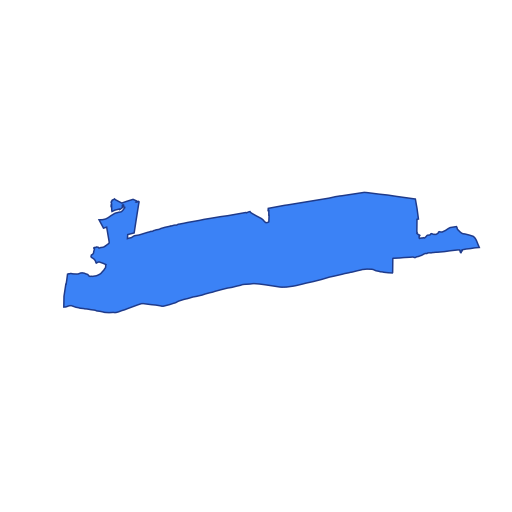 the district of Concesti, Botosani, Romania, rotated 321°
{"feature_id": "2599482B49154697051389", "entity_name": "Concesti", "entity_type": "district", "adm_level": 2, "iso_a3": "ROU", "parent_name": "Romania", "parent_adm1": "Botosani", "projection": "natural_earth1", "projection_center": [26.588, 48.143], "detail": "fine", "context": "isolated", "style": "filled", "palette": "blue", "viewbox_px": 512, "rotation_deg": 321, "n_neighbors": 0, "source": "geoboundaries", "source_scale": "gbopen_adm2", "svg_char_len": 6072}
<svg xmlns="http://www.w3.org/2000/svg" viewBox="0 0 512 512"><g transform="rotate(321 256 256)"><path d="M434.9,389.9L435.9,386.4L436.9,383.2L437.3,381.5L437.5,379.9L437.3,377.8L437.0,377.1L435.1,374.2L432.5,370.7L432.0,370.1L430.9,369.0L430.2,367.7L429.8,366.1L429.4,362.4L429.5,361.5L430.1,360.4L430.3,359.3L424.8,356.1L422.8,355.7L419.4,355.4L415.7,354.5L414.3,353.2L413.7,352.4L413.2,352.3L412.9,352.3L412.3,352.7L411.9,352.8L409.6,352.6L409.2,352.3L408.6,351.6L408.0,351.4L407.6,350.9L406.5,349.1L406.3,349.0L405.7,348.8L405.4,348.9L405.0,349.1L404.6,349.1L403.9,348.8L402.4,347.8L401.6,347.7L400.4,348.0L399.2,348.0L398.5,348.1L398.2,348.0L398.0,347.8L397.6,347.1L396.8,346.9L396.4,346.4L395.4,346.0L395.1,345.6L394.9,345.5L394.2,345.4L394.1,344.8L394.2,344.6L394.9,343.6L396.0,343.2L396.3,343.1L396.3,342.9L396.3,342.6L395.9,342.2L395.7,341.9L395.6,341.6L395.6,341.1L395.6,340.9L395.3,340.2L395.3,339.8L395.3,339.5L395.5,339.4L396.0,339.2L396.0,338.9L396.3,338.5L396.4,338.2L404.2,328.8L405.5,329.5L411.1,320.3L415.7,312.0L402.6,298.0L396.8,291.6L390.5,285.3L382.2,276.6L380.2,274.7L360.4,263.1L358.3,261.7L358.0,261.6L355.3,260.0L349.2,257.0L312.7,236.2L310.1,234.6L295.5,226.7L294.0,228.3L294.6,228.7L291.6,232.4L291.8,232.6L290.2,234.4L287.5,237.5L286.5,237.4L285.4,236.9L285.0,236.6L284.6,236.2L284.4,235.8L284.4,235.5L284.4,235.0L284.2,233.8L284.2,233.4L284.3,232.7L284.1,232.0L283.9,230.7L283.7,230.1L282.1,226.4L281.6,225.3L279.7,220.4L279.4,219.4L279.2,218.9L279.2,218.3L279.3,217.7L278.0,217.1L275.6,216.4L275.5,215.8L274.6,215.3L259.4,206.9L253.2,203.1L244.5,198.2L243.3,197.5L238.6,194.8L234.4,192.7L228.1,189.2L224.2,187.0L220.4,185.1L217.9,183.7L217.2,183.4L215.8,182.5L214.9,182.2L213.6,182.0L213.1,181.5L211.9,180.6L208.4,179.1L208.5,178.9L207.2,178.4L203.3,176.4L202.3,176.0L199.5,174.8L197.8,174.4L197.1,174.1L194.8,172.8L193.6,172.4L192.6,171.9L190.9,171.6L190.5,171.3L190.2,171.0L189.6,170.6L188.5,170.3L186.9,169.5L182.4,167.7L179.9,166.7L178.0,165.9L176.8,165.2L175.3,164.3L174.5,163.9L174.0,163.7L173.5,163.6L170.8,163.3L169.5,162.7L168.3,162.1L167.0,161.6L169.8,158.6L175.8,161.4L184.5,153.5L197.7,141.6L198.5,141.0L199.2,140.3L199.1,139.6L198.5,139.4L198.1,139.4L197.4,139.1L196.8,138.8L196.7,138.6L196.9,138.6L197.7,138.7L198.0,138.6L198.0,138.3L196.1,134.6L192.6,133.2L191.1,132.6L190.5,132.4L190.1,132.2L185.9,130.7L185.0,130.4L182.3,124.1L181.9,122.5L181.5,122.6L181.0,122.6L180.6,122.4L180.1,122.3L179.7,122.1L179.4,122.1L179.0,122.4L178.5,122.4L178.3,122.6L178.1,122.9L177.8,122.8L177.6,122.8L177.2,123.1L176.7,124.5L175.9,125.5L175.5,125.2L174.5,126.4L174.9,126.7L172.6,129.8L172.1,130.8L175.3,131.6L179.4,133.5L179.2,134.1L179.6,134.2L181.7,134.3L182.6,134.3L184.1,132.4L184.4,132.3L185.0,132.7L185.2,132.9L183.9,135.4L184.5,135.7L184.4,135.8L184.2,136.0L183.7,136.0L181.7,136.6L180.1,136.8L179.3,136.8L178.8,136.7L177.8,136.2L176.7,135.5L175.3,135.0L174.7,134.6L173.8,134.2L172.6,133.9L170.7,133.7L168.9,133.4L166.7,133.3L164.7,133.1L162.4,132.6L159.6,131.2L156.8,129.1L155.0,138.4L158.1,139.6L150.9,152.4L150.6,152.9L150.1,153.4L149.7,153.5L149.3,153.6L146.9,153.5L146.2,153.6L145.9,153.4L145.3,153.3L145.1,153.5L143.4,153.2L142.6,152.9L140.3,151.5L139.6,151.4L139.2,151.2L138.9,150.9L138.9,150.0L138.7,149.7L137.7,148.6L137.3,148.6L137.1,148.4L136.7,148.4L136.3,148.2L136.0,147.8L135.5,147.6L135.1,147.6L134.9,147.8L134.8,148.2L134.8,148.7L134.5,149.2L132.7,150.4L131.8,151.3L131.2,151.6L129.9,151.9L129.4,151.8L128.8,151.6L128.6,151.7L128.2,152.0L127.4,152.6L127.2,153.5L127.6,154.4L128.1,156.2L128.2,157.8L127.8,160.0L127.6,160.0L127.4,161.0L129.4,161.4L130.1,161.7L130.5,162.1L132.6,165.5L134.0,168.3L133.2,168.8L132.8,169.2L132.3,169.9L131.6,170.4L130.0,170.8L129.0,171.2L126.8,171.5L124.7,171.9L123.8,171.9L122.5,171.7L120.4,171.2L119.5,170.9L119.1,170.7L117.6,169.8L116.5,169.2L115.8,168.7L115.3,168.1L114.2,167.4L113.9,167.0L113.7,166.8L113.6,164.5L113.4,164.1L112.4,162.6L111.8,161.4L110.6,160.0L110.0,159.5L108.9,158.8L106.6,158.1L106.0,157.7L105.1,157.0L102.5,154.7L101.1,153.0L99.8,152.4L99.4,152.0L98.1,151.5L93.9,155.5L90.7,158.4L90.5,158.2L81.5,166.4L74.5,174.7L75.8,175.7L76.9,176.2L79.0,176.9L79.8,177.3L81.1,178.2L81.4,178.6L83.8,182.5L85.6,184.6L86.3,185.7L89.1,188.5L89.5,189.1L90.0,189.6L91.0,190.5L92.2,191.8L93.8,193.7L96.6,196.6L97.2,197.5L97.7,198.5L98.9,199.7L100.0,200.9L101.5,202.7L102.9,204.6L106.1,207.5L108.0,208.9L109.6,210.0L110.6,211.1L111.6,211.8L113.8,212.8L117.4,214.0L120.0,215.1L123.2,216.1L133.5,219.6L136.9,220.9L138.4,222.0L143.9,227.8L147.3,231.1L150.3,234.5L151.3,235.8L152.3,236.6L152.8,236.9L158.3,239.4L162.3,240.9L163.3,241.4L164.6,241.8L166.9,242.2L167.9,242.5L172.5,244.3L174.8,245.4L175.7,245.9L177.6,246.7L181.3,248.2L184.3,249.9L188.7,252.0L189.2,252.3L192.5,253.5L196.6,255.3L198.6,256.3L199.6,256.8L201.8,257.6L208.1,260.4L213.5,262.9L214.4,263.4L217.5,265.2L221.9,267.2L225.3,268.9L227.5,269.7L229.1,270.7L233.7,274.0L236.3,275.6L237.2,276.3L240.4,279.3L241.4,280.3L245.1,284.2L250.3,289.9L255.0,295.1L256.5,296.5L258.4,298.0L260.3,299.4L265.9,302.8L268.5,304.2L274.6,307.1L277.7,308.5L284.4,311.9L292.0,315.4L299.8,318.6L304.1,320.8L311.7,324.5L313.8,325.4L317.5,327.4L319.3,328.2L320.2,328.8L325.4,331.2L329.0,333.0L329.9,333.3L334.0,336.0L337.8,339.3L338.6,340.3L339.9,342.9L342.0,345.4L342.6,346.4L344.1,347.8L345.3,349.3L348.2,352.2L350.3,354.1L351.3,355.0L351.8,354.8L353.4,352.9L360.7,344.1L360.9,344.0L361.2,344.1L363.1,345.5L366.5,348.0L369.7,350.1L375.2,354.1L377.3,355.5L378.4,357.2L379.0,357.5L380.4,357.7L381.5,358.4L382.9,358.9L384.4,359.4L385.1,359.7L388.0,360.2L388.7,360.4L389.3,360.7L390.3,361.6L391.3,361.7L392.5,362.4L393.4,363.2L394.7,364.2L395.2,364.3L395.5,364.5L396.1,365.0L397.9,366.1L399.6,367.4L405.4,371.3L410.0,374.0L416.7,378.3L417.4,378.9L418.1,379.5L417.6,380.7L417.2,381.6L417.2,382.1L417.2,382.3L417.4,382.5L417.5,382.5L417.7,382.4L417.8,382.2L418.0,381.8L418.3,381.2L418.5,381.2L419.4,381.8L419.5,381.8L419.9,381.0L420.0,380.9L423.7,382.8L427.5,385.3L431.1,387.3L434.9,389.9Z" fill="#3b82f6" stroke="#1e3a8a" stroke-width="1.5"/></g></svg>